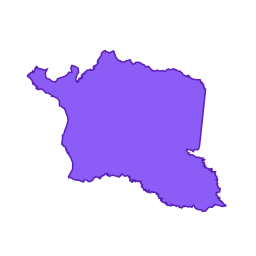 Bagamoyo, Pwani, United Republic of Tanzania (Mercator projection), rotated 186°
{"feature_id": "72390352B29680200356010", "entity_name": "Bagamoyo", "entity_type": "district", "adm_level": 2, "iso_a3": "TZA", "parent_name": "United Republic of Tanzania", "parent_adm1": "Pwani", "projection": "mercator", "projection_center": [38.556, -6.309], "detail": "fine", "context": "isolated", "style": "filled", "palette": "violet", "viewbox_px": 256, "rotation_deg": 186, "n_neighbors": 0, "source": "geoboundaries", "source_scale": "gbopen_adm2", "svg_char_len": 5728}
<svg xmlns="http://www.w3.org/2000/svg" viewBox="0 0 256 256"><g transform="rotate(186 128 128)"><path d="M233.4,168.8L231.0,167.7L228.7,165.5L227.5,163.6L227.7,163.2L227.3,162.2L227.0,162.7L226.0,162.8L225.5,161.7L225.8,161.4L225.7,161.1L225.4,161.4L224.6,160.5L222.3,159.9L222.3,159.6L223.0,159.7L222.7,158.8L223.6,158.6L223.3,157.5L222.5,157.6L221.0,156.7L220.6,157.4L217.0,157.5L213.6,154.4L210.8,154.3L207.5,152.8L207.1,152.3L207.3,151.5L205.8,151.8L201.4,150.1L199.8,148.8L199.1,147.3L198.3,142.8L196.5,142.6L194.2,140.9L193.3,140.9L189.2,132.7L188.4,129.1L189.1,124.1L190.9,118.0L190.5,117.1L192.5,113.3L191.9,111.4L192.3,105.9L191.9,104.8L191.1,104.8L190.9,103.7L188.5,102.6L187.3,99.8L187.0,100.4L185.8,96.8L184.8,96.9L184.6,97.9L184.5,95.8L182.0,92.7L179.4,87.9L178.8,81.3L182.1,73.3L181.6,72.3L180.8,73.0L175.8,70.9L171.2,70.9L167.0,69.6L166.3,70.0L166.6,71.0L165.5,72.2L164.6,72.1L161.5,70.6L160.0,70.8L157.5,72.5L157.1,74.4L155.7,75.3L155.4,75.9L151.7,76.0L151.3,75.9L151.5,74.8L151.1,74.7L151.1,75.3L149.8,75.4L149.8,76.4L149.2,76.8L149.1,77.5L147.1,78.2L146.7,79.1L146.1,79.4L146.1,80.0L145.1,80.1L144.3,80.9L142.7,80.1L143.3,79.8L143.1,79.4L144.1,79.4L143.7,78.5L142.3,78.7L141.5,77.9L139.2,79.3L137.3,79.6L136.0,79.0L133.2,78.9L132.6,78.3L131.7,78.3L130.9,78.9L130.9,79.7L129.7,80.3L129.7,81.2L128.8,81.5L126.2,79.7L123.4,80.7L122.2,80.2L122.3,79.3L120.9,79.3L121.1,77.8L121.0,77.5L120.6,77.9L120.5,76.1L120.0,76.5L119.5,76.2L119.8,75.6L119.0,74.9L118.9,75.5L117.9,75.0L117.9,75.5L117.4,75.6L118.0,76.5L117.1,77.3L117.1,76.4L116.0,76.3L115.2,75.4L114.5,76.0L114.6,76.6L113.0,75.7L112.0,76.3L111.1,75.7L109.2,76.3L109.4,74.0L107.5,72.7L108.0,71.6L108.5,71.6L108.4,70.9L106.4,69.5L105.8,68.3L105.5,68.4L105.6,67.9L104.3,67.8L104.3,68.7L103.9,68.8L103.2,67.5L102.5,67.3L103.1,66.8L101.7,66.2L100.8,68.1L100.3,66.4L99.7,66.5L99.2,65.8L98.5,66.1L98.7,66.8L97.1,67.2L96.6,66.7L95.9,66.6L93.8,66.9L92.8,66.0L92.8,65.3L91.7,65.9L90.7,64.7L91.4,64.4L90.5,62.9L89.5,62.4L89.7,61.4L89.0,61.7L87.7,60.7L87.1,61.7L86.4,61.4L88.0,60.0L88.0,59.7L87.1,59.8L87.4,59.1L86.6,58.2L85.0,57.9L84.5,57.4L83.4,58.0L82.4,57.0L82.1,57.5L81.6,57.4L82.4,56.3L81.2,56.0L80.9,55.2L79.8,55.7L79.1,55.1L78.1,55.5L77.3,55.0L76.3,55.6L76.6,56.3L76.3,56.8L75.2,56.0L73.2,56.1L71.8,55.1L70.7,56.1L69.3,55.6L68.6,54.3L67.7,55.0L66.4,54.0L65.1,55.1L64.7,56.2L63.9,56.5L63.5,55.9L62.8,56.2L59.2,55.8L58.4,56.5L56.2,55.8L55.0,58.1L54.0,57.5L53.1,55.7L50.4,54.2L47.0,54.3L46.4,54.2L45.9,53.2L44.5,52.9L44.1,53.3L43.0,53.2L41.6,54.1L40.2,56.6L38.7,57.9L35.7,58.1L35.3,59.4L34.8,59.4L34.6,60.2L33.6,60.3L33.3,61.1L25.9,59.8L22.6,60.8L23.3,61.9L25.6,62.5L25.6,63.3L26.2,64.1L27.6,64.5L27.5,65.1L29.5,65.7L29.9,66.4L29.3,67.2L31.1,67.7L30.5,68.4L31.4,68.2L31.4,69.1L31.8,69.6L33.2,70.3L32.9,71.0L33.5,71.9L32.8,72.4L33.1,73.1L30.1,74.1L30.3,75.6L29.8,77.0L31.1,78.0L31.9,77.7L32.4,79.3L33.5,81.1L32.9,82.0L33.6,82.5L33.9,84.1L33.5,85.3L34.7,85.7L33.7,86.2L34.8,89.0L36.1,90.0L36.0,90.6L36.9,92.6L36.4,93.6L38.2,93.6L38.2,93.2L38.6,93.2L39.5,93.6L40.2,93.0L40.4,93.9L41.1,94.2L40.5,95.3L40.1,95.3L40.4,96.4L42.0,95.9L42.5,94.8L42.9,94.7L43.6,96.1L47.5,96.8L47.7,97.2L47.0,97.9L48.9,98.0L47.8,99.2L47.8,99.7L49.1,100.2L48.4,101.5L48.8,101.7L48.3,102.0L50.4,101.8L50.3,103.1L50.7,103.5L48.7,104.1L48.5,104.6L50.6,104.6L50.3,105.8L51.1,105.5L54.4,106.3L57.0,106.0L60.6,107.9L62.4,108.1L63.9,107.6L64.4,108.5L65.0,108.4L64.5,109.4L65.6,109.5L67.2,111.4L67.4,112.9L62.7,112.7L60.7,111.3L59.6,113.4L57.3,113.9L56.6,113.6L55.6,114.5L55.0,118.1L54.9,174.6L56.1,174.8L56.0,175.6L57.1,176.1L56.6,177.2L57.8,178.4L57.4,179.3L60.3,180.6L59.3,181.1L60.3,181.6L61.1,183.4L62.1,183.6L64.4,183.1L69.5,183.6L72.5,185.1L73.8,185.3L73.9,185.8L72.7,186.1L73.2,186.5L74.2,186.5L75.2,185.4L75.9,185.4L76.6,186.0L78.9,186.8L80.1,188.5L81.0,188.8L82.2,190.1L83.7,189.6L86.2,190.9L87.3,190.5L87.5,191.2L88.9,191.7L91.5,190.5L92.9,190.4L94.0,190.9L95.9,189.6L96.3,188.6L97.0,188.2L98.0,188.2L99.2,188.9L101.1,188.1L103.1,188.0L105.2,188.6L107.6,187.1L109.4,188.0L109.9,187.7L114.2,191.5L116.7,190.6L118.9,192.8L120.0,192.6L122.2,194.0L123.7,194.4L126.4,194.3L127.7,193.6L127.7,192.9L129.3,192.1L130.7,192.5L130.7,193.1L131.7,193.5L132.3,195.5L133.4,196.1L135.4,194.9L136.8,194.9L138.2,193.0L140.3,193.3L141.1,192.9L143.0,194.3L143.5,194.1L145.0,194.5L146.1,195.8L148.2,198.1L148.2,199.1L149.7,201.5L149.7,202.4L150.3,202.8L150.8,203.1L152.5,202.1L153.5,200.8L154.2,200.7L155.7,201.5L157.7,201.2L158.5,202.6L160.3,201.9L162.0,199.8L162.3,198.5L162.0,197.6L165.0,192.4L164.8,191.5L165.3,191.1L164.7,190.5L165.2,189.6L164.7,189.3L165.7,187.5L167.2,186.9L167.2,185.7L168.7,185.8L168.8,184.7L168.1,184.4L168.4,183.7L168.0,183.8L167.6,183.0L169.0,182.6L169.0,182.0L169.7,181.7L170.3,181.6L171.7,182.5L172.0,182.3L172.0,181.6L175.0,181.1L175.8,179.2L176.6,179.1L176.4,178.6L176.8,177.7L177.8,176.7L178.0,177.2L178.2,176.8L178.9,176.8L178.8,176.2L179.2,176.1L179.0,174.9L179.5,174.8L178.9,174.3L179.5,173.8L179.0,173.7L179.5,173.1L179.2,172.4L181.2,172.3L180.9,171.9L181.6,171.7L181.3,171.3L181.6,170.8L182.3,170.9L182.3,169.3L182.8,169.8L183.2,169.5L182.7,168.6L182.9,168.2L184.3,168.6L185.1,170.3L184.3,176.1L182.9,178.0L183.8,182.0L185.2,183.1L189.9,184.4L190.6,184.2L191.1,180.9L190.2,179.5L189.7,177.4L192.9,177.2L193.9,174.4L194.7,174.2L195.7,173.1L203.2,169.6L203.8,167.4L204.8,166.9L205.1,166.0L209.4,166.8L210.8,168.2L214.7,169.1L216.1,174.0L214.5,178.1L218.0,176.5L219.2,177.5L223.5,177.9L225.2,179.7L226.4,178.3L226.6,177.5L226.0,177.2L226.6,176.7L226.9,174.7L227.4,174.3L228.2,174.7L227.7,173.5L228.5,173.4L228.9,174.2L229.4,173.1L230.8,172.8L231.4,171.0L232.2,171.1L232.8,170.7L232.6,169.8L233.3,169.5L233.4,168.8Z" fill="#8b5cf6" stroke="#5b21b6" stroke-width="1.5"/></g></svg>